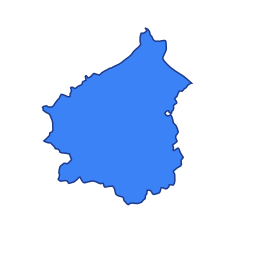 the border of Belarus, rotated 138°
{"feature_id": "BLR", "entity_name": "Belarus", "entity_type": "country or territory", "adm_level": 0, "iso_a3": "BLR", "parent_name": "Europe", "parent_adm1": "", "projection": "orthographic", "projection_center": [28.129, 53.705], "detail": "fine", "context": "isolated", "style": "filled", "palette": "blue", "viewbox_px": 256, "rotation_deg": 138, "n_neighbors": 0, "source": "natural_earth", "source_scale": "50m", "svg_char_len": 3813}
<svg xmlns="http://www.w3.org/2000/svg" viewBox="0 0 256 256"><g transform="rotate(138 128 128)"><path d="M199.2,174.7L195.7,174.7L191.5,174.9L189.3,176.7L188.3,176.3L186.7,176.0L184.9,177.0L182.5,179.9L180.9,181.7L179.4,184.1L178.9,185.5L178.0,187.9L177.1,190.7L177.7,192.7L178.5,194.4L178.8,196.4L179.2,197.9L178.2,199.0L177.7,200.6L175.9,200.4L173.7,199.0L173.1,196.8L171.4,195.3L170.3,194.5L168.5,194.4L165.6,195.2L161.9,195.9L159.0,196.1L157.5,196.9L155.2,197.7L154.3,196.8L153.0,194.3L151.9,191.8L151.1,190.7L150.5,190.4L149.7,190.5L148.9,191.3L148.2,192.1L147.3,192.4L145.8,193.1L144.8,194.0L143.7,196.3L142.9,196.2L142.1,195.6L141.2,193.1L139.9,192.5L137.9,192.5L135.5,191.9L133.5,191.2L132.7,191.3L131.5,192.4L130.2,192.6L127.4,191.6L126.8,192.1L126.1,193.5L125.2,194.9L124.4,195.0L124.0,194.7L124.3,192.2L122.6,191.3L119.9,191.2L117.9,191.5L117.0,191.4L116.5,190.9L114.1,186.7L112.9,186.4L110.6,186.6L107.3,186.0L103.5,185.0L101.4,184.6L100.4,183.7L98.0,183.3L91.8,181.4L89.2,181.0L85.4,180.8L79.6,180.2L75.9,180.3L74.2,180.8L72.2,181.1L68.8,181.2L67.5,181.1L65.3,181.2L62.9,181.5L62.1,182.4L61.2,184.2L58.2,187.4L55.3,189.4L54.8,189.6L53.3,188.3L51.9,187.8L50.4,187.6L49.2,187.9L48.5,188.4L48.4,191.0L47.2,188.1L47.5,185.4L48.3,183.8L49.2,182.5L49.0,180.4L49.9,177.6L50.1,175.6L49.8,174.7L49.2,173.7L47.5,172.5L46.8,171.5L44.5,170.2L42.2,168.6L41.8,167.7L42.0,167.1L42.5,166.2L44.5,163.6L46.6,161.1L47.9,160.2L54.7,157.2L55.8,156.1L56.2,154.1L56.3,152.7L56.3,150.1L56.1,146.4L55.8,143.8L54.8,139.0L52.0,129.0L50.7,118.7L52.0,119.4L55.0,119.8L57.5,119.2L58.8,119.2L59.9,119.5L61.6,119.2L63.1,119.1L63.9,120.1L65.3,121.0L68.1,120.0L70.7,118.6L73.3,118.9L73.7,118.2L74.5,114.7L75.3,113.9L78.4,114.4L79.6,113.8L80.8,112.1L82.7,111.0L84.2,111.1L85.8,109.9L86.6,110.8L86.9,112.3L86.3,113.5L86.6,113.9L87.6,114.6L89.5,114.6L90.7,114.2L91.0,113.5L91.1,112.3L90.8,111.1L90.1,110.1L88.6,109.5L87.5,109.5L87.4,108.8L87.8,107.5L88.8,105.0L90.0,102.8L90.7,102.0L90.9,101.2L90.8,99.8L90.8,97.4L92.0,94.0L93.4,91.4L95.2,90.7L97.5,90.3L98.9,89.1L99.6,87.7L99.9,86.5L100.3,85.5L101.0,85.1L106.3,85.5L107.1,83.3L107.6,82.7L108.6,82.0L109.4,81.2L109.1,80.6L107.8,80.2L104.6,79.8L104.0,79.1L104.2,78.2L105.1,75.9L106.0,73.0L106.4,70.7L106.5,69.4L107.0,69.0L109.5,68.7L110.4,68.2L112.7,65.1L114.3,64.6L118.6,65.5L120.6,65.5L121.2,65.5L123.1,65.7L123.4,65.4L124.3,62.3L125.1,61.4L128.5,57.4L130.8,55.7L132.2,55.4L132.7,55.4L135.0,58.0L135.6,58.1L136.8,57.1L137.1,57.0L139.7,56.9L140.9,57.8L141.8,59.6L142.7,61.0L143.6,61.4L146.1,59.6L147.5,59.0L148.5,59.0L151.8,60.5L153.3,61.4L153.7,62.2L153.7,63.1L153.3,64.5L153.0,66.0L154.1,67.8L155.3,68.9L157.7,66.9L158.6,66.3L159.6,66.3L161.0,65.5L161.9,64.4L162.8,64.0L164.6,64.2L167.8,63.8L171.6,65.5L171.9,66.0L173.9,68.0L174.6,69.0L175.2,69.3L176.2,70.2L177.6,70.8L178.5,70.6L179.0,70.9L179.4,71.7L179.5,73.0L179.5,76.8L178.9,78.0L178.3,78.9L178.1,79.6L178.2,80.4L179.3,82.0L180.8,84.6L181.2,86.0L181.3,87.1L179.5,90.5L178.9,91.3L178.5,92.9L178.3,94.6L178.5,95.3L181.8,97.7L184.2,99.1L184.8,99.7L184.9,100.2L183.7,103.0L183.6,103.8L185.6,104.9L186.7,106.7L187.8,109.6L189.7,112.4L193.8,114.7L196.8,116.2L197.4,117.0L197.6,117.8L197.5,119.8L196.9,122.2L196.5,123.6L197.7,124.1L200.7,123.8L204.4,124.1L209.0,126.4L209.0,127.6L208.6,128.7L209.0,129.8L209.6,130.8L213.6,133.5L214.0,134.3L214.2,135.7L214.1,136.8L213.1,137.1L211.9,137.7L210.1,139.0L209.4,140.9L206.4,143.5L204.5,144.7L203.0,144.9L199.2,144.6L197.9,143.4L197.3,142.3L195.9,141.9L194.0,142.0L191.4,142.3L190.9,142.6L190.5,144.0L189.5,146.4L188.8,147.8L189.5,148.5L190.6,150.2L192.3,152.2L194.0,154.1L194.6,155.2L194.7,156.0L193.9,157.1L194.1,159.0L195.9,161.5L195.3,162.0L195.3,165.2L195.5,168.6L196.0,169.4L196.9,170.0L197.7,171.2L199.1,174.0L199.2,174.7Z" fill="#3b82f6" stroke="#1e3a8a" stroke-width="1.5"/></g></svg>